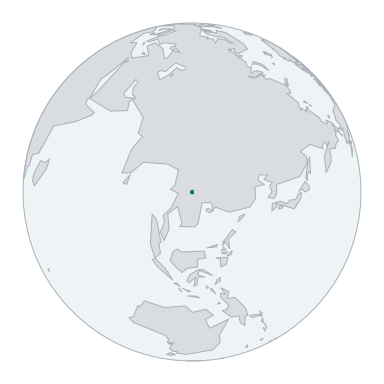 Bokeo on an orthographic globe, rotated 41°
{"feature_id": "LAO-3271", "entity_name": "Bokeo", "entity_type": "Province", "adm_level": 1, "iso_a3": "LAO", "parent_name": "Laos", "parent_adm1": "", "projection": "orthographic", "projection_center": [100.56, 20.309], "detail": "fine", "context": "on_globe", "style": "filled", "palette": "teal", "viewbox_px": 384, "rotation_deg": 41, "n_neighbors": 0, "source": "natural_earth", "source_scale": "10m", "svg_char_len": 10993}
<svg xmlns="http://www.w3.org/2000/svg" viewBox="0 0 384 384"><g transform="rotate(41 192 192)"><circle cx="192" cy="192" r="169" fill="#eef3f6" stroke="#a8b0b8"/><path d="M351.6,246.2L351.3,247.2L351.2,247.5L351.6,246.2ZM265.2,39.7L264.8,39.5L268.0,42.7L274.5,46.8L268.8,43.9L284.8,54.4L290.0,60.4L280.7,51.9L277.2,49.8L279.1,52.7L275.9,51.3L275.0,52.0L271.0,50.2L265.8,46.0L263.1,44.9L264.7,47.1L261.6,47.1L259.8,43.9L254.2,43.7L244.7,37.7L243.1,32.7L234.4,29.7L223.9,26.1L221.6,25.7L217.7,25.0L229.9,27.4L242.0,30.6L253.8,34.7L265.2,39.7ZM207.4,23.7L208.9,23.9L207.9,23.9L205.2,23.7L204.0,23.5L205.2,23.6L203.4,23.4L203.5,23.4L207.4,23.7ZM198.5,23.2L198.2,23.2L197.2,23.1L198.5,23.2ZM279.9,50.4L278.5,48.9L280.9,50.9L279.9,50.4ZM275.5,52.5L277.0,53.4L275.9,53.5L275.5,52.5ZM268.8,50.9L266.6,50.9L267.9,50.1L268.8,50.9ZM264.7,50.4L259.5,50.9L262.2,53.0L251.6,48.0L259.6,48.9L260.8,47.5L262.1,49.2L264.7,50.4ZM210.5,24.1L208.8,23.9L212.7,24.3L210.5,24.1ZM213.2,24.4L226.5,26.7L227.6,27.3L222.9,26.2L226.3,27.5L220.3,26.6L217.1,25.7L217.6,25.4L214.9,25.4L213.2,24.4ZM246.6,45.4L244.6,45.0L245.7,44.6L246.6,45.4ZM207.8,24.0L210.4,24.2L211.5,24.7L206.6,24.3L207.8,24.2L207.8,24.0ZM230.2,28.4L230.1,28.8L225.3,28.2L224.6,28.3L220.3,26.6L230.2,28.4ZM206.2,24.0L204.0,24.1L201.0,23.8L205.3,23.8L206.2,24.0ZM213.9,25.0L214.2,25.3L212.4,25.0L213.9,25.0ZM189.2,23.3L192.3,23.3L193.2,23.5L189.2,23.3ZM203.4,24.2L204.4,24.3L205.1,24.4L203.1,24.5L203.4,24.2ZM217.2,26.4L215.2,26.1L218.7,27.0L215.2,26.8L213.0,25.8L212.5,26.2L211.4,26.1L210.7,25.4L217.2,26.4ZM203.2,25.1L199.1,24.2L193.2,24.0L192.3,23.7L201.9,24.1L203.2,25.1ZM207.7,25.3L204.7,25.0L205.0,24.7L207.3,24.7L207.7,25.3ZM213.6,27.2L219.6,27.7L219.9,28.0L213.6,27.2ZM201.4,25.0L202.4,25.3L200.9,25.0L201.4,25.0ZM209.8,26.5L211.8,26.6L212.1,26.8L209.8,26.5ZM202.7,25.8L201.4,25.5L202.9,25.3L202.7,25.8ZM205.9,26.2L205.8,26.5L204.2,25.5L206.8,26.2L205.9,26.2ZM209.7,26.7L210.5,26.9L208.8,26.7L209.7,26.7ZM197.8,26.7L195.5,25.5L198.8,25.1L200.6,26.3L197.8,26.7ZM59.5,87.1L57.3,90.2L57.7,95.0L56.9,97.3L51.6,103.7L47.7,119.6L52.6,115.4L54.4,126.5L58.9,130.3L69.8,117.7L62.4,111.2L66.4,103.5L76.4,102.9L83.6,109.5L85.4,106.8L85.2,97.7L91.3,94.6L85.6,94.2L84.6,97.7L81.1,97.8L81.8,94.7L83.9,93.6L83.0,90.8L73.1,97.5L71.0,101.8L65.9,99.0L61.9,106.0L59.0,107.7L64.6,96.5L67.4,93.4L74.2,80.4L70.7,83.2L64.1,96.0L64.2,94.1L59.5,98.9L63.1,93.8L71.3,80.0L69.6,78.2L59.8,87.0L60.4,86.0L75.1,70.0L75.9,69.2L73.1,73.2L77.1,69.7L84.3,62.9L82.9,64.9L85.5,62.8L85.1,64.4L91.1,61.7L91.7,63.1L100.3,57.8L101.8,58.0L96.2,60.9L92.7,64.0L94.9,68.5L97.2,68.1L102.7,64.5L102.6,66.6L107.6,62.6L112.0,64.1L110.8,59.1L117.2,55.6L123.3,54.6L125.2,52.7L115.3,54.5L111.5,56.2L108.6,58.8L98.2,63.5L96.0,63.0L106.2,55.4L104.3,54.2L113.0,49.5L134.4,46.3L140.1,47.7L136.2,57.1L131.2,58.4L130.1,55.5L125.3,61.3L128.5,59.3L128.4,61.2L134.5,59.0L134.8,60.3L140.2,56.1L141.1,57.5L137.7,60.1L147.5,58.7L151.3,61.3L153.4,60.4L154.6,58.7L158.5,63.5L159.9,62.7L159.2,60.8L161.4,58.0L166.9,55.2L168.0,57.0L166.1,58.2L163.9,63.9L158.8,67.4L159.8,67.9L164.5,65.4L167.2,58.3L170.2,56.2L169.6,59.3L170.1,58.0L171.9,57.5L174.7,58.9L175.7,55.5L194.4,49.6L201.7,52.3L199.1,55.3L213.3,54.9L220.4,59.0L219.7,57.0L226.0,56.1L223.8,54.8L224.0,53.9L239.2,52.4L243.6,53.8L249.3,52.0L249.0,51.1L246.0,49.9L251.6,48.0L262.2,53.0L262.6,54.6L269.0,57.1L268.8,60.6L271.6,65.1L267.6,68.3L270.1,72.0L272.4,72.6L277.5,78.5L280.4,89.3L268.2,77.7L262.0,63.3L263.6,68.6L260.3,66.8L259.1,68.4L260.5,72.6L262.5,73.4L249.8,78.7L247.4,90.5L254.7,90.0L259.6,93.9L263.3,109.5L250.9,130.8L257.4,138.2L258.0,143.1L253.0,146.0L251.9,138.9L246.4,136.3L246.6,132.2L238.0,135.3L237.9,129.5L231.3,135.2L234.2,139.8L241.8,138.9L236.2,146.9L244.3,155.2L245.7,165.3L233.2,182.8L219.9,187.9L219.2,191.1L213.7,187.3L206.7,193.4L217.1,211.6L216.9,216.7L205.4,226.1L205.1,222.3L190.7,212.3L188.1,224.4L199.0,235.1L202.8,246.9L194.4,242.9L190.6,232.4L185.5,228.6L186.8,218.0L182.4,201.9L174.0,204.2L174.6,197.8L167.2,184.1L155.1,187.0L135.8,201.5L133.2,217.5L126.6,223.5L118.2,198.6L118.3,182.6L112.9,182.9L106.3,167.8L87.9,161.7L87.4,157.2L83.5,157.9L79.2,151.9L79.4,144.7L75.8,143.7L75.9,162.8L80.0,164.0L86.5,159.2L85.5,165.6L90.0,172.9L77.3,184.5L53.6,188.4L54.9,176.1L55.9,138.6L57.9,135.4L58.0,135.0L58.3,134.3L54.6,139.1L56.0,132.1L51.6,156.7L49.2,166.6L53.2,189.0L51.9,190.3L54.3,195.6L66.4,196.3L65.7,200.2L57.7,215.7L44.2,232.9L48.1,250.3L50.8,263.7L47.0,268.3L52.1,279.3L50.9,280.6L54.0,286.4L55.7,290.7L56.8,293.3L56.3,292.7L49.1,282.1L42.6,271.0L37.1,259.4L32.4,247.5L28.6,235.2L25.8,222.6L24.0,209.9L23.1,197.1L23.2,184.3L23.3,182.7L23.5,179.3L24.9,166.9L27.2,154.5L30.5,142.4L34.6,130.5L39.6,119.0L45.5,107.9L52.1,97.3L59.5,87.1ZM87.4,124.4L94.2,128.3L97.6,118.2L100.5,119.0L100.6,115.5L97.8,117.5L99.0,108.2L104.3,107.3L106.8,103.5L104.6,102.0L94.8,105.3L93.0,118.3L88.7,121.0L87.4,124.4ZM100.2,51.6L97.9,53.4L94.9,55.2L94.2,54.7L98.6,52.0L100.2,51.6ZM95.4,55.8L105.7,49.1L106.5,49.5L104.3,50.3L103.8,51.3L100.1,52.9L90.9,60.4L87.7,62.5L88.1,59.8L89.8,59.3L91.9,57.3L95.4,55.8ZM130.3,35.5L134.8,33.8L130.9,36.8L127.2,38.1L126.2,37.4L130.0,35.5L130.3,35.5ZM190.0,23.1L191.5,23.0L201.1,23.3L201.6,23.5L199.5,23.6L197.2,23.6L197.6,23.4L194.4,23.5L193.2,23.2L190.6,23.3L179.2,23.5L190.0,23.1ZM163.9,25.4L164.3,25.5L167.3,24.9L168.5,24.9L165.6,25.4L170.7,24.7L170.9,24.9L177.0,24.9L184.3,24.3L186.7,24.5L183.9,24.9L188.3,24.9L184.6,25.8L186.3,26.0L184.3,27.4L178.0,28.2L180.3,28.5L178.9,29.9L173.7,30.9L175.1,29.6L168.4,31.9L167.2,30.8L166.5,31.1L163.5,30.8L158.7,31.2L158.9,30.6L157.0,31.1L155.0,31.0L152.4,31.5L151.8,30.8L148.6,31.4L150.2,30.7L144.7,32.1L148.5,30.8L146.3,31.0L143.8,32.1L147.2,29.1L146.8,29.2L163.9,25.4ZM197.0,27.0L189.7,27.8L185.4,27.7L190.6,25.4L189.6,25.1L192.8,24.1L198.9,24.4L197.4,24.6L197.4,24.9L195.5,24.7L197.0,25.1L195.1,25.5L195.7,26.0L193.2,26.0L197.0,27.0ZM59.2,95.8L59.1,96.9L59.8,97.9L56.8,101.2L59.2,95.8ZM64.5,86.3L64.9,86.6L61.0,91.2L61.1,90.2L64.5,86.3ZM68.5,83.0L65.3,86.2L67.0,83.9L68.5,83.0ZM97.0,61.2L97.8,61.5L96.6,62.5L94.6,63.4L97.0,61.2ZM153.7,39.3L155.1,38.1L156.2,38.1L161.7,36.1L163.0,37.1L160.2,38.6L153.7,39.3ZM66.6,119.0L63.4,120.5L63.6,118.6L64.6,118.4L66.6,119.0ZM58.4,110.3L58.7,114.0L57.6,111.2L58.4,110.3ZM156.1,40.0L158.2,39.0L157.5,40.1L156.1,40.0ZM164.3,37.7L164.1,38.9L163.8,37.0L164.3,37.7ZM133.4,343.9L136.9,345.6L134.5,345.2L133.4,343.9ZM67.0,269.9L68.9,290.5L64.3,288.3L60.2,280.9L57.3,267.6L61.7,266.2L62.9,260.9L67.0,269.9ZM244.6,273.2L249.5,273.6L249.3,274.3L244.6,273.2ZM239.5,270.9L245.2,270.9L238.5,272.5L239.5,270.9ZM247.4,270.9L253.1,269.3L255.6,268.0L255.1,269.5L247.4,270.9ZM235.7,271.1L214.5,271.0L206.1,268.9L208.1,266.3L221.7,267.2L235.7,271.1ZM207.4,266.2L194.5,258.3L176.6,235.0L183.0,235.8L201.7,250.3L200.5,252.5L208.3,258.7L207.4,266.2ZM238.6,252.5L237.3,259.4L225.6,259.0L220.3,257.8L216.7,248.9L218.7,244.3L223.1,244.5L239.8,228.7L245.7,232.4L240.6,239.1L245.4,245.1L238.6,252.5ZM133.9,219.1L137.6,229.2L133.9,230.3L133.9,219.1ZM246.4,217.4L239.8,224.5L245.8,215.1L246.4,217.4ZM249.9,208.6L250.4,212.1L247.6,208.8L249.9,208.6ZM219.2,196.0L214.6,196.8L214.4,194.2L220.2,191.8L219.2,196.0ZM246.6,173.8L246.8,181.2L246.1,183.8L243.8,179.3L246.6,173.8ZM170.5,49.9L161.4,51.2L155.7,53.5L153.9,56.6L152.6,53.1L161.3,49.6L170.5,49.9ZM191.3,49.3L192.8,47.1L194.8,48.0L194.7,48.7L191.3,49.3ZM190.4,48.0L187.4,45.5L189.9,44.3L191.8,46.5L190.4,48.0ZM171.4,41.8L168.6,42.1L169.2,41.1L171.4,41.8ZM300.0,321.9L298.9,322.8L310.2,312.7L300.0,321.9ZM279.3,331.0L281.3,327.2L286.5,325.5L282.6,329.5L279.3,331.0ZM321.8,300.2L324.8,296.2L322.7,299.1L321.8,300.2ZM265.7,317.8L233.5,328.8L226.9,328.0L229.6,324.3L225.6,313.1L227.8,313.3L227.6,305.3L247.2,297.2L261.5,282.4L271.3,282.5L279.4,271.5L289.0,271.0L285.5,279.4L294.7,283.2L303.0,264.2L306.6,282.1L312.0,287.1L311.0,297.8L293.9,318.6L286.0,323.6L285.4,322.4L281.9,324.7L277.7,324.9L277.2,319.8L273.6,322.1L277.9,317.3L272.3,321.8L271.0,318.5L265.7,317.8ZM334.0,271.1L334.8,271.1L335.6,273.4L334.2,273.6L334.0,271.1ZM349.2,251.8L349.0,253.0L348.3,254.1L349.2,251.8ZM351.2,247.5L350.4,249.0L351.6,246.2L351.2,247.5ZM341.2,257.7L341.5,258.6L341.0,259.3L341.2,257.7ZM340.9,257.6L341.8,255.4L341.4,257.3L340.9,257.6ZM337.3,249.5L338.1,248.3L338.3,248.9L337.3,249.5ZM256.7,273.3L263.7,267.6L267.3,266.9L256.7,273.3ZM336.6,247.8L334.9,248.2L335.2,247.1L336.6,247.8ZM336.9,245.3L336.8,243.9L337.6,247.0L336.9,245.3ZM333.8,243.2L335.8,245.1L333.5,243.6L333.8,243.2ZM332.5,244.0L331.0,243.3L331.1,242.8L332.5,244.0ZM313.5,250.7L319.5,258.1L314.3,259.0L308.7,254.7L303.7,260.6L292.7,261.5L295.4,258.0L294.1,253.3L282.4,252.7L280.0,249.8L284.3,247.2L276.4,245.4L285.1,243.1L288.5,249.3L293.4,243.6L301.5,243.8L309.2,244.7L315.0,248.5L313.5,250.7ZM284.8,257.5L286.3,257.4L284.9,259.5L284.8,257.5ZM328.1,240.6L330.3,243.1L330.0,243.9L328.8,243.8L328.1,240.6ZM316.5,247.1L322.9,240.3L324.4,240.1L320.0,247.2L316.5,247.1ZM321.5,237.2L324.3,237.3L325.8,240.0L325.2,240.9L321.5,237.2ZM267.1,253.1L266.7,254.9L264.4,253.7L267.1,253.1ZM270.1,251.8L277.0,253.2L269.5,253.4L270.1,251.8ZM248.7,246.6L250.8,250.9L257.4,247.8L252.4,252.0L256.7,258.9L255.2,261.6L250.9,254.2L249.2,262.2L246.2,262.1L244.7,255.4L247.7,246.9L250.7,243.4L262.5,241.3L248.7,246.6ZM270.1,246.5L268.3,241.5L269.6,238.0L271.6,240.6L270.1,246.5ZM262.6,229.6L257.5,223.9L253.1,226.3L262.0,217.6L265.4,224.5L262.6,229.6ZM258.1,216.7L253.9,218.9L258.1,213.9L258.1,216.7ZM252.7,217.0L252.1,212.8L255.5,213.2L252.7,217.0ZM260.3,216.8L260.8,209.6L262.7,213.7L260.3,216.8ZM250.3,203.5L257.8,210.1L248.3,207.5L247.2,193.9L251.2,193.5L250.3,203.5ZM268.3,148.0L266.9,144.3L270.3,143.2L270.3,146.1L268.3,148.0ZM280.2,137.7L270.8,141.8L263.0,145.6L265.8,147.2L264.7,153.8L260.1,147.9L265.1,140.6L271.1,139.0L271.3,133.6L275.3,129.8L273.3,123.4L274.9,120.6L278.5,126.0L280.2,137.7ZM272.2,120.8L270.3,109.7L277.0,110.9L279.0,113.6L277.0,118.1L273.6,117.1L272.2,120.8ZM271.8,107.5L268.4,106.6L258.4,91.4L258.0,88.6L269.2,100.1L266.6,100.0L267.8,103.7L271.8,107.5ZM245.6,46.0L244.7,45.1L246.5,45.9L245.6,46.0ZM222.6,53.2L223.1,52.0L225.3,52.7L222.6,53.2ZM225.7,49.3L222.9,49.3L225.4,48.6L225.7,49.3ZM216.7,49.7L221.5,49.0L217.5,50.8L216.7,49.7Z" fill="#d9dde1" stroke="#a8b0b8" stroke-width="1"/><path d="M191.9,190.5L192.0,190.5L192.1,190.4L192.2,190.5L192.3,190.6L192.5,190.8L192.6,191.0L192.7,191.3L192.8,191.4L192.8,191.5L193.0,191.4L193.1,191.5L193.2,191.8L193.3,192.0L193.6,192.0L193.8,192.0L193.9,192.5L193.7,192.7L193.4,192.6L193.2,192.7L193.2,192.8L192.7,193.0L192.6,193.3L192.3,193.4L192.3,193.5L192.2,193.5L191.9,193.6L191.7,193.5L191.6,193.4L191.8,193.3L191.8,193.2L191.9,192.9L192.0,192.7L192.0,192.4L191.9,192.4L191.9,192.5L191.8,192.4L191.7,192.4L191.6,192.2L191.5,191.8L191.4,191.8L191.3,191.7L191.2,191.8L191.0,192.0L190.9,192.0L190.7,192.1L190.7,191.9L190.8,191.8L190.8,191.7L190.9,191.3L190.9,191.2L191.0,191.0L191.0,190.9L191.2,190.7L191.3,190.6L191.5,190.5L191.8,190.5L191.9,190.5Z" fill="#14b8a6" stroke="#0f766e" stroke-width="1.5"/></g></svg>